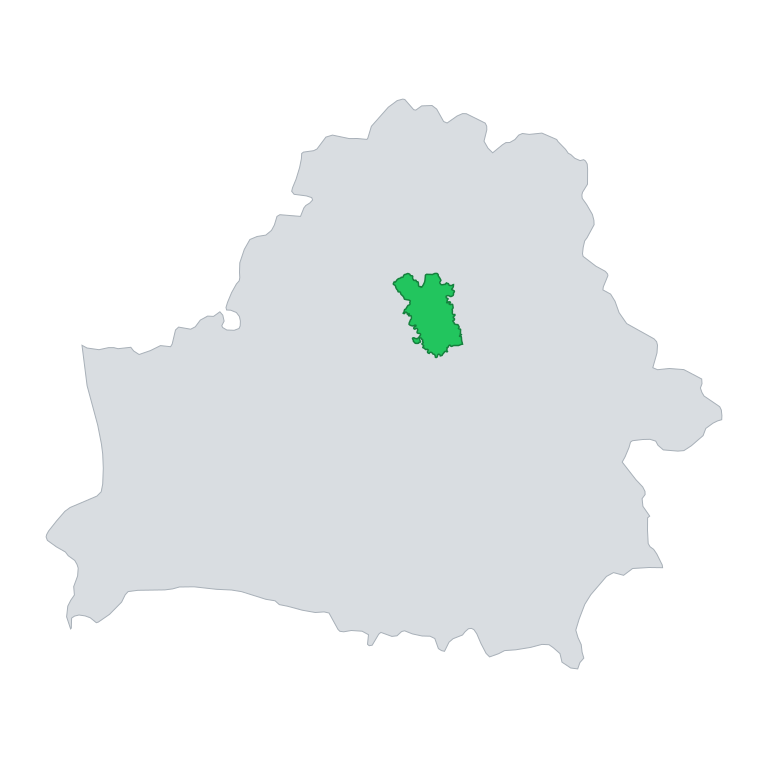 location of Barysaw, Minsk, Belarus
{"feature_id": "67162791B39606099444015", "entity_name": "Barysaw", "entity_type": "district", "adm_level": 2, "iso_a3": "BLR", "parent_name": "Belarus", "parent_adm1": "Minsk", "projection": "albers", "projection_center": [28.522, 54.3], "detail": "fine", "context": "in_parent", "style": "filled", "palette": "green", "viewbox_px": 768, "rotation_deg": 0, "n_neighbors": 0, "source": "geoboundaries", "source_scale": "gbopen_adm2", "svg_char_len": 9746}
<svg xmlns="http://www.w3.org/2000/svg" viewBox="0 0 768 768"><path d="M662.6,567.7L649.0,567.5L632.6,568.5L623.6,575.3L613.5,572.6L606.5,576.4L590.8,594.7L584.8,604.3L579.1,619.2L575.8,630.1L578.0,637.6L581.2,644.6L582.1,652.2L583.8,658.1L579.9,662.6L577.7,668.9L570.7,668.0L562.0,662.2L560.0,653.6L553.3,647.7L549.0,644.7L541.9,644.4L530.6,647.4L515.8,649.8L504.6,650.6L498.6,653.7L489.6,656.9L486.1,653.4L481.0,643.6L476.8,633.8L473.9,629.6L471.5,628.4L468.5,628.7L465.0,631.8L462.5,635.0L453.1,638.7L449.0,642.2L444.5,651.3L441.5,650.6L438.4,648.6L434.8,638.5L430.0,636.2L422.1,636.0L412.4,633.9L404.6,630.8L401.7,631.5L397.0,635.8L391.9,636.4L380.9,632.4L378.7,634.2L372.2,645.2L369.2,645.7L367.5,644.3L368.5,634.7L362.1,631.2L351.3,630.5L343.7,631.8L339.9,631.3L338.0,629.4L329.0,613.0L324.1,611.9L315.3,612.5L302.3,610.2L287.4,606.2L279.3,604.6L275.1,600.8L265.9,599.3L241.4,591.6L231.4,590.0L216.5,589.3L194.0,586.8L179.4,587.0L172.6,588.9L164.8,589.9L137.9,590.3L128.1,591.6L125.2,594.8L121.6,602.1L109.6,614.3L98.3,622.1L96.3,622.7L90.3,617.8L85.1,615.9L79.0,615.0L74.5,616.1L71.6,618.1L71.3,628.1L70.6,628.9L66.6,616.8L67.8,606.1L70.8,600.2L74.4,595.0L73.7,586.6L77.6,576.0L78.2,568.1L77.1,564.6L74.8,560.5L68.2,555.7L65.4,552.0L56.3,546.8L47.4,540.4L46.1,536.9L46.7,534.5L48.6,531.0L56.5,521.0L64.9,511.3L70.1,507.5L96.9,496.1L101.2,491.8L102.7,484.1L103.3,468.3L102.7,453.9L101.4,443.8L97.7,425.0L87.1,385.7L82.0,345.3L87.0,348.0L99.0,349.7L108.7,347.6L113.7,347.6L118.0,348.7L130.8,347.3L133.7,351.0L139.1,354.5L150.4,350.6L160.5,345.6L170.6,346.7L172.2,344.0L175.5,330.0L178.6,327.1L190.7,329.2L195.3,326.8L200.3,320.1L207.6,316.1L213.5,316.4L219.9,311.8L222.8,315.2L224.1,321.1L221.8,325.7L222.6,327.5L226.8,330.0L234.2,330.3L239.0,328.5L240.2,325.9L240.4,321.0L239.4,316.5L236.4,312.5L230.7,310.2L226.6,310.0L226.0,307.5L227.6,302.2L231.6,292.6L236.4,284.0L239.2,280.8L239.8,277.7L239.5,272.3L239.8,262.8L244.3,249.4L249.9,239.5L257.1,236.5L265.8,235.1L271.5,230.4L274.4,225.0L277.0,216.4L279.9,214.7L300.5,216.4L303.9,207.9L305.8,205.5L309.8,203.0L312.6,200.0L311.7,197.6L306.4,195.9L294.1,194.3L291.7,191.3L292.5,187.9L296.1,179.1L299.6,167.6L301.4,158.7L301.7,153.5L303.5,152.1L313.6,150.7L317.0,149.0L325.9,137.1L332.5,135.1L349.3,138.6L357.1,138.5L366.9,139.4L367.8,138.2L371.4,126.3L388.3,107.2L397.2,100.6L402.8,99.1L404.8,99.5L413.7,109.7L415.8,110.1L421.7,105.9L432.0,105.5L436.7,109.1L443.6,121.5L447.1,123.0L457.1,116.0L462.6,113.6L466.3,113.7L485.2,123.1L486.7,126.2L486.8,129.9L484.0,141.2L488.0,148.2L492.7,152.8L502.3,144.9L505.9,142.6L509.8,142.5L515.0,139.5L518.7,135.1L522.4,133.5L529.3,134.4L541.9,133.1L556.7,139.5L558.0,141.6L565.6,149.4L568.3,153.3L570.7,154.5L574.8,158.3L580.1,160.6L583.7,159.7L585.5,161.0L587.2,164.0L587.6,169.2L587.5,184.2L582.5,192.3L581.9,195.0L582.2,198.3L586.7,204.6L592.4,214.5L593.9,220.3L594.1,224.7L587.0,237.8L584.7,240.9L583.2,247.3L582.5,253.7L583.1,256.4L595.9,266.2L605.4,271.4L607.6,274.0L607.9,275.7L603.3,286.9L602.9,289.9L610.6,294.1L615.0,301.2L619.1,312.7L626.7,323.6L654.1,338.9L656.6,341.7L657.5,345.2L657.0,352.9L652.8,367.7L657.5,369.7L669.3,368.5L683.8,369.6L701.7,379.0L702.0,383.7L700.4,388.0L701.9,392.4L704.0,396.0L719.7,406.7L721.3,410.0L721.9,415.6L721.7,419.7L717.6,420.9L713.1,423.1L705.8,428.4L703.1,435.6L691.3,445.8L683.9,450.6L677.9,451.1L663.3,449.9L658.0,445.3L655.7,441.1L650.0,439.3L642.7,439.5L632.5,440.7L630.5,442.1L629.0,447.5L625.1,456.8L622.2,462.1L635.9,479.7L642.7,486.9L645.0,491.4L645.1,494.6L642.1,498.6L642.9,506.3L649.7,516.1L647.6,517.8L647.5,530.3L648.2,543.6L650.1,546.8L653.6,549.3L656.8,554.0L662.2,564.9L662.6,567.7Z" fill="#d9dde1" stroke="#a8b0b8" stroke-width="1"/><path d="M437.1,273.5L436.0,273.4L434.7,273.5L432.5,274.5L431.7,274.5L430.1,274.4L428.6,274.4L426.7,274.3L425.9,274.7L425.4,275.3L425.3,276.9L425.0,280.1L424.7,281.6L424.4,282.6L423.0,285.4L421.8,287.1L421.1,287.3L420.9,286.7L419.8,286.5L419.3,286.6L418.8,286.2L418.5,285.6L418.5,284.1L418.4,283.6L418.2,282.3L417.8,281.8L417.0,281.7L416.6,281.7L416.3,281.3L416.3,280.9L415.8,280.2L414.6,280.3L414.1,280.5L413.6,280.2L413.4,279.5L412.7,278.8L412.6,278.1L412.7,276.3L412.2,275.8L410.7,275.6L410.4,275.4L409.8,274.3L408.9,273.8L407.9,273.5L407.4,273.6L406.7,273.9L405.8,274.3L404.7,274.5L404.1,274.9L403.6,275.6L403.4,276.2L403.2,276.9L402.5,277.3L401.2,277.3L400.9,277.8L399.9,278.3L398.6,278.6L398.0,279.0L397.1,279.7L396.3,280.9L396.0,281.3L395.3,282.1L395.0,282.2L394.6,282.2L394.3,282.0L394.2,281.9L393.7,282.8L393.4,283.4L393.3,284.0L393.5,284.4L394.2,284.9L394.7,285.1L395.1,285.4L395.4,285.9L395.6,286.6L395.8,287.3L396.3,288.6L396.8,289.3L397.8,290.5L397.9,291.2L398.1,291.7L398.6,291.9L399.2,291.9L400.0,292.0L400.4,292.3L400.6,293.1L400.6,293.4L400.9,294.1L401.6,294.9L402.2,295.4L403.2,296.4L403.6,297.1L404.0,297.7L404.1,298.3L404.2,298.7L404.5,299.2L405.3,299.4L407.4,299.8L408.5,299.9L410.0,300.6L410.3,301.0L410.2,301.4L409.9,302.1L409.8,302.4L409.8,302.9L410.0,303.2L410.1,303.8L410.0,304.1L409.6,304.7L409.2,305.0L408.2,305.3L407.7,305.8L406.8,307.3L406.4,307.9L406.1,308.5L405.9,308.9L405.5,309.3L404.9,309.4L404.6,309.6L404.2,310.9L404.1,311.4L404.0,312.0L403.7,312.5L403.3,312.9L403.2,313.3L403.6,313.5L404.3,313.6L404.8,313.3L405.0,312.4L405.8,312.1L406.3,312.2L406.7,312.5L407.1,312.9L407.1,313.2L407.1,313.5L407.4,314.2L407.7,314.2L408.9,313.6L409.2,313.8L409.4,314.4L409.1,314.8L408.6,315.2L408.5,315.5L408.8,315.8L409.4,315.9L410.9,315.7L411.2,315.9L411.4,316.7L411.4,318.2L411.3,319.0L411.0,319.3L410.6,319.6L410.4,320.1L410.1,320.8L409.8,321.7L409.4,322.3L409.2,323.2L409.0,324.2L409.4,324.7L410.0,325.1L410.8,325.5L411.5,325.7L412.3,325.9L413.0,325.9L413.7,325.7L414.1,325.4L415.0,325.1L415.3,325.1L415.9,325.3L416.0,325.8L415.6,326.3L415.0,326.6L414.4,327.0L413.7,328.0L413.8,328.6L414.3,329.0L414.9,329.2L415.4,328.8L415.7,328.6L416.4,328.5L417.1,328.5L417.5,329.0L417.7,329.4L417.7,329.9L417.6,330.4L417.2,331.4L417.1,332.1L417.1,332.7L417.3,332.9L418.0,333.3L419.1,333.4L420.1,333.6L420.5,334.0L420.6,334.4L420.5,335.0L420.3,335.3L420.0,335.9L419.6,336.2L419.1,337.0L418.8,337.4L418.5,337.8L418.1,338.0L417.1,338.8L416.5,338.8L416.1,338.5L415.6,338.5L414.6,338.3L414.3,337.9L413.8,337.8L413.3,337.8L412.6,338.1L412.5,338.4L412.6,338.9L413.1,339.7L413.3,340.1L413.3,340.6L413.4,341.3L414.9,342.9L415.3,343.3L416.8,343.4L417.4,343.4L418.2,343.3L418.5,343.1L418.8,342.5L419.8,342.4L420.1,342.2L420.3,341.8L420.2,341.2L420.0,340.5L419.6,339.3L419.6,338.7L419.6,338.2L420.1,337.8L421.0,338.0L421.6,338.5L421.6,338.8L421.8,339.4L422.3,339.6L422.8,340.1L422.6,341.1L422.6,341.7L423.1,342.1L423.3,342.6L423.0,343.0L422.4,343.3L422.0,343.7L422.0,344.1L422.3,344.5L423.0,345.0L423.6,345.5L423.6,346.2L423.4,346.5L423.0,346.9L422.8,347.5L423.4,348.0L424.0,348.0L424.6,348.5L425.0,349.0L425.4,349.4L425.9,349.6L426.2,349.6L426.5,349.4L427.0,349.3L427.6,349.4L428.1,349.8L428.1,350.5L427.6,351.3L427.5,351.8L427.6,352.5L427.9,352.8L428.6,353.2L429.2,353.4L429.5,353.0L430.0,352.5L430.5,352.3L431.2,352.3L432.0,352.7L432.7,353.7L433.1,354.1L434.2,354.3L434.6,354.6L434.8,355.1L435.1,355.4L435.3,355.9L435.3,357.1L435.6,357.4L436.2,357.5L436.8,357.3L437.2,356.8L437.8,354.9L438.0,354.5L438.4,354.2L439.1,354.3L439.6,354.5L440.0,355.0L440.3,355.9L441.1,355.6L441.7,355.6L442.2,355.2L442.7,354.2L444.2,352.4L444.5,351.8L445.0,351.5L445.4,351.4L446.0,351.4L446.3,351.7L446.8,351.8L447.2,351.8L447.5,351.4L446.9,350.6L446.7,350.0L446.9,349.4L447.1,348.9L447.1,348.5L446.9,348.0L446.9,347.7L447.3,347.4L447.6,347.4L448.0,347.2L448.3,346.8L448.6,346.1L448.8,345.6L449.4,345.2L449.8,345.2L450.4,345.4L450.6,345.8L450.7,346.0L450.9,346.2L451.6,346.4L452.2,346.2L452.7,345.9L453.2,345.7L453.9,345.5L458.5,345.5L461.3,344.4L462.1,344.2L462.5,344.2L462.3,343.0L461.9,341.7L461.6,340.3L461.4,337.3L461.2,336.6L460.7,336.5L460.0,336.4L459.6,336.3L459.6,335.8L460.2,335.2L461.1,335.0L461.4,334.6L461.0,334.3L460.6,334.2L460.2,334.0L460.3,333.6L460.5,332.9L460.5,331.7L460.6,329.6L460.4,329.2L459.2,329.0L458.7,328.7L458.4,328.3L458.6,328.0L459.0,327.5L459.1,327.1L459.0,326.5L458.7,326.0L458.3,325.5L458.1,324.9L457.6,324.6L456.2,324.5L455.4,324.3L454.5,323.9L454.2,323.5L454.1,322.9L453.9,322.4L453.6,322.1L453.2,321.7L452.9,321.3L452.9,320.8L453.3,320.4L453.8,320.1L454.2,320.1L454.4,319.8L454.5,318.9L454.2,318.4L453.5,318.0L453.3,317.5L453.3,316.9L453.6,316.6L454.8,315.5L455.0,315.0L454.8,314.5L454.4,314.5L453.6,314.6L453.1,314.5L452.7,314.1L452.4,313.5L452.3,312.9L452.3,312.4L452.4,311.9L452.4,310.7L452.1,309.4L452.5,308.8L452.7,308.7L453.0,308.1L453.1,307.6L453.1,307.0L452.9,306.5L452.8,305.2L452.6,304.5L452.3,304.3L451.6,304.3L451.1,304.5L450.6,304.6L449.9,304.5L449.2,304.1L449.2,303.4L449.9,303.2L450.4,302.8L450.4,302.3L449.9,301.8L448.8,301.8L448.2,302.1L447.7,302.7L447.1,302.8L446.9,302.8L446.7,302.3L447.0,302.0L447.1,301.5L447.2,300.9L447.1,300.4L447.3,299.8L447.6,299.6L447.9,299.3L448.0,298.7L446.9,298.1L446.3,297.8L446.1,297.1L446.1,296.7L446.2,296.2L446.9,295.8L447.6,295.6L448.3,295.6L448.9,295.7L449.6,296.0L450.0,296.4L450.4,296.5L450.9,296.5L451.5,296.4L452.9,295.6L453.3,295.1L453.5,294.2L453.5,293.3L453.6,292.7L454.1,292.2L454.4,291.6L454.2,290.9L453.8,290.6L452.2,289.8L451.7,289.5L451.7,289.0L452.1,288.7L452.7,288.0L453.0,287.3L453.3,286.7L453.4,285.9L453.5,284.9L453.5,284.6L453.0,284.7L452.1,285.4L451.2,285.5L450.1,285.5L449.2,285.3L449.0,284.9L448.7,284.2L448.3,283.6L447.4,283.5L447.1,283.2L446.5,282.9L446.0,283.3L445.7,283.8L445.2,284.4L444.4,284.3L443.3,284.6L442.0,284.8L441.3,284.7L440.7,284.2L440.0,283.4L439.7,282.7L440.0,281.7L440.4,281.3L440.9,280.3L440.7,279.8L440.0,278.5L439.5,277.6L438.6,276.4L438.2,275.7L438.2,275.1L438.1,274.4L437.1,273.5Z" fill="#22c55e" stroke="#15803d" stroke-width="1.5"/></svg>